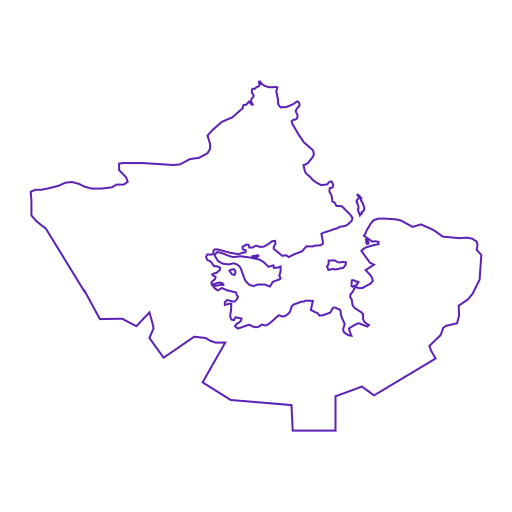 Sandakan, Sabah, Malaysia
{"feature_id": "92858781B38281907433738", "entity_name": "Sandakan", "entity_type": "district", "adm_level": 2, "iso_a3": "MYS", "parent_name": "Malaysia", "parent_adm1": "Sabah", "projection": "albers", "projection_center": [118.031, 5.791], "detail": "fine", "context": "isolated", "style": "outline", "palette": "violet", "viewbox_px": 512, "rotation_deg": 0, "n_neighbors": 0, "source": "geoboundaries", "source_scale": "gbopen_adm2", "svg_char_len": 6092}
<svg xmlns="http://www.w3.org/2000/svg" viewBox="0 0 512 512"><path d="M481.3,255.0L476.7,249.9L477.5,244.9L476.7,241.6L472.1,238.6L467.4,237.8L463.7,237.8L459.5,238.2L442.7,236.6L435.2,231.1L431.4,229.0L420.9,224.4L412.6,226.9L401.2,220.6L396.2,219.4L384.9,218.6L378.6,218.6L373.6,220.2L370.7,223.6L366.5,230.7L365.6,233.2L363.9,235.7L372.3,241.6L375.3,241.2L378.6,242.0L378.6,244.1L372.8,245.4L365.6,247.5L363.1,249.2L361.4,250.8L369.8,262.6L374.0,264.7L365.6,270.1L370.7,275.5L372.3,278.5L372.8,281.0L370.2,283.9L368.2,284.8L362.4,288.0L358.7,288.2L356.0,286.9L354.1,288.8L353.0,291.5L350.6,294.1L350.1,297.1L351.7,299.5L352.5,304.9L353.9,307.3L355.5,308.6L361.1,312.1L363.0,314.0L363.2,316.4L363.0,318.8L364.3,321.8L366.2,323.4L368.9,325.0L367.3,326.6L359.2,323.4L357.3,323.6L353.6,325.5L349.0,328.5L349.8,332.0L351.4,335.7L348.2,335.2L343.9,332.2L343.1,329.5L344.7,323.9L342.1,318.3L341.0,315.1L340.4,310.5L339.6,309.4L337.5,308.9L335.6,307.6L333.5,307.6L331.9,309.4L331.3,311.0L330.0,312.7L322.7,315.3L319.5,315.6L317.6,313.2L314.4,311.8L310.9,310.0L312.8,300.9L305.8,300.6L304.2,301.4L299.9,301.9L299.1,302.7L294.0,304.3L291.6,306.5L290.3,310.8L289.2,312.9L286.5,315.1L284.1,316.4L282.0,316.4L279.0,315.3L276.9,316.7L273.1,320.4L268.0,324.5L265.3,325.5L261.9,324.5L259.7,326.1L257.6,327.1L254.9,327.1L251.7,326.1L249.3,324.7L247.1,325.3L240.1,327.9L237.7,328.5L235.0,326.1L236.9,323.6L239.1,322.6L240.9,320.7L241.5,318.6L235.8,317.2L234.5,318.8L234.0,320.2L231.5,319.6L230.5,317.7L230.2,314.8L231.0,310.8L231.3,303.8L229.1,303.8L224.8,304.9L224.8,302.2L227.3,300.0L231.0,301.1L234.5,301.7L236.4,299.8L238.0,296.8L236.6,294.7L235.8,292.3L227.3,290.4L221.9,288.0L217.9,290.4L214.9,288.5L211.7,284.5L211.4,282.3L215.2,278.9L215.5,276.7L213.6,275.9L212.2,274.6L214.4,273.2L216.3,273.0L219.8,270.0L220.0,267.6L216.8,266.2L213.9,266.2L211.7,262.8L209.8,260.9L207.7,260.3L206.6,258.7L206.1,256.6L207.4,254.4L210.9,254.7L213.3,253.9L213.6,250.4L214.7,249.4L217.6,249.4L230.2,252.8L238.8,254.2L243.1,252.6L245.5,252.3L245.8,250.4L243.1,249.4L242.6,248.6L242.6,246.7L246.6,244.5L248.7,244.8L249.3,247.5L252.5,247.5L256.0,245.6L260.0,246.9L263.7,246.7L268.6,244.0L271.8,241.3L275.0,240.8L275.5,243.5L273.7,247.2L273.7,248.8L282.2,255.8L286.3,255.3L288.7,257.1L295.1,253.9L301.8,251.5L306.4,246.4L313.1,246.4L315.0,245.6L320.6,245.3L323.0,243.5L322.7,240.5L321.4,233.8L323.8,232.5L329.4,230.9L334.3,229.0L336.9,228.4L340.2,226.6L343.7,226.3L346.1,225.5L348.2,224.1L351.7,220.7L352.5,218.0L350.4,214.8L341.8,206.2L336.4,205.9L334.5,202.4L332.4,201.6L332.1,198.7L331.3,194.9L329.4,191.7L329.7,188.2L332.7,187.4L333.2,184.7L331.6,181.5L329.4,181.8L327.3,184.2L325.7,184.7L320.9,185.0L316.0,182.3L312.8,179.9L310.4,177.2L305.8,173.2L304.8,170.8L303.4,165.2L305.6,164.4L308.0,163.0L312.8,156.9L313.9,154.4L313.1,150.4L303.9,142.4L298.4,134.2L292.6,124.3L291.9,122.5L291.6,121.2L293.3,119.8L295.5,119.6L297.2,118.1L297.6,115.2L296.4,112.9L295.7,110.7L297.4,107.8L299.1,106.4L299.5,104.5L299.0,102.6L297.2,101.3L293.1,104.2L286.3,107.1L284.6,107.3L283.0,106.9L281.1,107.6L279.6,106.4L278.2,104.2L277.9,98.3L277.0,95.8L277.2,93.9L276.5,92.9L276.3,91.3L277.3,87.4L276.0,86.9L273.6,87.2L268.9,87.2L265.0,86.0L261.9,84.1L259.9,81.4L259.0,81.7L259.2,83.6L259.7,84.4L259.3,85.7L258.3,86.5L256.4,87.2L254.7,88.9L252.6,88.7L251.8,90.1L252.1,93.2L253.7,95.4L253.3,97.0L251.8,98.5L250.8,100.9L252.6,104.5L251.6,104.5L248.9,101.6L246.3,104.7L243.7,105.0L242.7,106.6L242.8,108.1L232.4,117.3L221.9,121.8L212.1,130.4L207.5,135.6L210.1,144.1L210.1,148.7L207.5,153.3L199.0,157.8L189.8,159.1L180.0,164.4L173.4,165.0L143.3,163.1L123.0,163.0L119.1,163.7L119.1,170.2L125.6,176.8L127.0,179.4L127.6,182.0L123.7,184.6L116.5,184.6L111.9,187.3L101.4,188.6L91.6,188.6L84.4,186.6L79.2,184.0L72.0,182.0L65.4,182.7L58.2,185.9L47.7,188.5L41.2,189.8L35.3,189.8L30.7,191.8L31.4,200.3L31.4,215.4L35.9,220.6L40.5,224.5L45.8,228.5L84.3,291.3L84.6,290.9L99.9,319.1L122.1,318.7L136.4,326.2L149.4,312.4L152.3,322.5L153.6,328.3L149.4,338.0L163.6,357.7L194.2,336.7L205.5,338.0L209.7,340.5L215.6,342.6L225.2,342.6L202.6,382.4L230.7,400.0L291.5,405.1L292.7,430.6L335.5,430.6L335.5,396.3L361.9,386.6L374.0,395.4L435.6,358.5L431.0,350.5L429.4,345.9L440.7,335.0L443.2,327.9L446.1,325.8L457.0,323.3L459.1,315.7L458.7,305.7L467.9,299.4L472.5,293.9L479.6,279.7L481.3,255.0ZM230.0,256.3L223.2,253.6L217.3,252.0L214.4,255.0L217.9,260.9L222.4,263.6L228.3,264.4L234.0,263.3L236.9,264.4L239.6,266.5L240.9,268.7L244.7,279.4L246.0,281.5L249.3,284.8L253.5,286.1L257.8,284.5L264.8,284.5L269.9,286.6L272.9,281.8L279.3,279.4L280.6,278.6L279.3,275.4L280.1,273.5L280.6,270.8L280.6,266.5L278.0,267.6L273.9,267.9L273.4,265.4L268.6,266.8L263.5,262.0L259.4,259.5L249.3,257.4L240.4,256.3L233.4,257.1L230.0,256.3ZM337.8,262.2L334.5,260.4L328.6,260.6L328.6,263.6L328.1,265.2L327.0,266.3L328.4,270.0L333.2,268.9L335.1,269.5L338.8,268.9L341.0,268.1L342.9,268.1L344.7,266.2L345.8,264.4L345.8,262.2L341.5,262.0L339.9,262.5L337.8,262.2ZM359.9,215.4L360.5,214.4L361.9,213.6L361.5,212.3L362.2,211.6L363.6,210.9L364.3,209.1L364.3,207.8L362.8,203.1L361.0,200.5L360.8,199.4L361.2,199.0L361.4,198.3L359.5,196.0L357.8,194.6L357.4,195.0L358.0,195.6L358.9,198.1L357.0,200.0L356.4,201.3L356.8,202.1L357.4,202.4L357.4,203.1L357.1,203.4L358.2,205.6L358.4,206.7L358.5,208.5L358.3,209.1L357.8,209.4L357.9,210.1L359.9,215.4ZM354.2,280.4L352.2,280.1L351.7,280.9L351.5,286.1L352.7,286.8L354.1,285.9L356.1,285.4L358.5,282.1L357.5,281.4L356.0,281.6L354.2,280.4ZM234.7,274.6L235.5,272.2L235.3,270.7L233.9,269.2L231.3,269.6L229.5,270.7L231.8,274.1L234.3,275.0L234.7,274.6ZM223.2,284.1L222.1,283.2L220.4,282.6L219.5,282.5L217.3,282.9L214.3,284.1L212.8,284.3L212.6,285.0L213.1,285.7L214.9,285.9L218.3,285.4L220.1,284.7L222.9,285.1L223.5,284.8L223.2,284.1ZM367.6,243.9L368.4,243.6L368.5,242.4L367.2,239.8L366.4,239.0L366.0,239.4L366.4,242.9L366.8,243.8L367.6,243.9ZM257.6,256.7L258.4,255.9L258.2,255.5L257.2,255.2L256.0,255.8L254.4,255.8L253.1,256.2L252.6,256.0L252.3,256.3L252.6,257.0L253.4,257.3L254.5,257.0L255.7,257.3L256.3,256.9L257.6,256.7Z" fill="none" stroke="#5b21b6" stroke-width="2"/></svg>